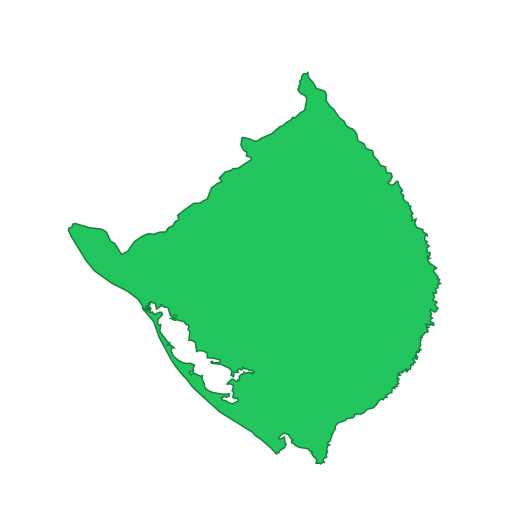 the State of Rio Grande do Sul, rotated 102°
{"feature_id": "BRA-612", "entity_name": "Rio Grande do Sul", "entity_type": "State", "adm_level": 1, "iso_a3": "BRA", "parent_name": "Brazil", "parent_adm1": "", "projection": "robinson", "projection_center": [-52.79, -30.407], "detail": "fine", "context": "isolated", "style": "filled", "palette": "green", "viewbox_px": 512, "rotation_deg": 102, "n_neighbors": 0, "source": "natural_earth", "source_scale": "10m", "svg_char_len": 6019}
<svg xmlns="http://www.w3.org/2000/svg" viewBox="0 0 512 512"><g transform="rotate(102 256 256)"><path d="M70.8,248.6L68.0,247.5L67.1,244.5L65.8,243.3L68.9,242.6L70.9,241.1L75.3,235.2L79.5,231.9L80.2,224.4L81.0,222.5L84.4,220.4L89.5,219.7L93.9,215.0L96.5,210.3L103.5,203.2L105.8,197.8L109.7,195.0L111.5,190.5L111.5,188.1L113.1,185.4L116.3,182.5L122.1,180.2L123.8,173.6L127.1,171.5L128.2,169.6L128.8,163.8L133.7,161.8L137.6,156.3L140.6,154.1L141.5,152.8L141.9,147.8L147.2,146.0L147.0,141.0L150.0,139.3L155.3,140.4L156.2,142.5L157.2,142.3L158.7,138.1L157.5,136.1L153.7,134.2L153.4,132.8L157.6,130.7L161.4,126.3L162.5,126.5L162.8,127.8L163.9,127.9L166.2,124.1L169.3,124.1L172.1,120.4L172.2,118.4L174.3,117.5L175.4,114.8L178.0,115.1L182.0,111.3L184.8,112.9L185.7,110.8L189.1,111.2L186.6,107.1L191.2,107.5L194.7,104.7L195.4,98.3L198.0,97.6L198.8,93.9L199.9,92.8L200.5,92.6L200.4,94.1L201.4,94.9L205.4,94.2L206.6,91.5L207.3,92.8L208.5,92.2L210.3,88.6L212.5,90.6L217.1,89.0L216.3,87.0L217.3,86.1L220.0,86.3L220.8,88.7L222.0,87.7L222.0,85.3L224.0,87.3L224.9,87.2L226.2,85.0L227.6,84.5L227.6,82.9L230.2,76.8L231.2,77.6L231.1,78.8L234.3,79.1L238.5,73.6L240.6,73.8L240.5,71.7L241.1,71.3L243.1,72.5L244.5,69.8L246.5,72.5L249.1,71.4L250.4,73.2L251.5,73.3L254.4,71.7L255.1,72.4L255.6,75.2L258.7,72.9L262.9,73.8L263.0,70.2L263.7,69.4L265.6,70.8L267.7,69.8L269.3,67.1L273.5,69.0L273.7,69.7L272.0,74.1L273.2,74.2L276.7,72.1L278.6,73.3L280.0,70.5L281.1,71.9L282.9,72.1L283.8,71.5L284.6,68.6L286.3,67.7L287.1,68.4L286.0,70.0L286.2,71.2L287.3,70.9L287.8,71.6L287.0,74.6L287.5,75.6L288.3,75.3L289.9,72.2L290.7,74.4L293.5,72.1L294.7,72.2L295.5,74.3L299.8,77.1L300.8,76.4L301.7,78.5L303.0,77.1L305.5,77.6L309.3,76.4L312.1,77.5L313.5,75.2L315.4,78.3L315.6,76.5L316.3,76.7L317.1,79.3L319.4,78.7L320.4,79.8L321.1,79.5L320.6,77.4L321.2,76.9L323.4,77.1L323.6,78.1L322.6,78.8L324.4,81.1L326.9,78.2L327.9,79.7L329.9,79.6L330.2,81.6L334.6,81.6L335.1,83.3L337.3,83.8L338.0,84.9L335.0,85.3L338.9,88.3L337.6,89.2L339.6,88.4L340.3,91.2L341.5,92.5L342.3,89.9L343.0,90.8L342.6,92.0L346.2,92.7L346.2,90.7L348.1,90.7L349.2,91.9L351.2,89.9L352.8,91.9L354.3,90.7L355.1,93.4L356.7,92.7L356.5,94.6L357.2,95.3L361.4,94.8L362.5,97.3L364.3,98.3L365.1,100.1L367.1,98.5L367.7,100.9L370.1,101.6L369.8,103.6L372.9,106.5L374.7,106.3L380.0,109.5L383.2,115.9L386.5,117.5L389.3,121.1L389.0,124.3L390.1,124.8L390.2,126.8L392.0,126.5L393.8,127.2L396.1,133.1L398.4,134.6L402.0,140.8L405.9,143.2L408.6,142.4L410.4,143.5L414.6,144.2L415.2,145.1L416.6,144.5L421.5,145.1L424.1,147.1L424.9,147.0L425.5,144.7L426.6,146.3L430.1,146.8L433.3,145.1L435.0,146.3L438.1,145.1L439.3,147.1L440.8,147.7L442.5,147.8L443.7,146.3L444.6,148.6L446.0,149.7L445.4,150.6L446.2,154.1L442.5,154.2L439.3,159.1L436.7,161.1L436.3,160.1L435.7,160.3L435.6,162.7L434.2,164.2L433.7,166.8L434.2,174.1L433.0,178.1L431.6,179.9L431.6,181.9L429.5,182.9L428.4,181.5L426.6,184.8L423.9,187.1L423.6,192.4L429.4,196.4L430.0,195.3L429.8,193.6L427.1,190.6L432.9,188.6L433.9,187.3L437.9,188.6L440.6,191.7L443.7,192.8L444.6,194.5L445.4,194.7L440.7,201.4L434.7,212.2L431.6,219.6L429.3,222.4L416.0,259.1L402.2,282.9L396.4,292.1L391.2,297.7L388.5,302.0L381.3,311.0L375.6,316.9L355.9,333.6L341.5,342.4L331.3,355.7L331.0,354.6L333.3,347.8L332.3,345.6L334.5,343.4L330.8,338.2L330.9,336.5L332.7,335.4L338.7,338.8L342.9,338.0L343.9,336.5L343.0,334.9L349.2,334.5L351.0,333.2L358.4,324.5L359.0,322.2L361.5,324.3L360.7,321.2L362.7,317.1L363.1,318.9L364.8,319.4L366.9,319.0L371.2,315.9L374.3,309.9L375.4,305.8L375.6,301.6L374.6,298.0L375.3,294.0L375.7,293.4L378.4,294.2L382.3,293.1L382.8,297.1L384.1,297.0L384.7,295.3L386.1,294.6L384.4,293.8L383.6,292.2L385.1,285.2L384.1,283.5L387.2,283.5L391.7,280.0L394.6,279.1L396.0,277.8L397.8,274.1L398.5,269.3L398.1,259.2L396.4,253.5L398.1,252.9L400.2,255.2L400.0,257.8L402.0,260.4L404.1,258.4L403.7,256.1L405.4,251.1L405.3,248.1L401.8,243.5L400.2,243.7L398.8,245.3L399.9,247.2L399.0,249.3L393.9,249.5L392.9,251.3L387.4,250.9L386.4,254.5L387.3,257.6L386.3,257.4L381.6,254.2L381.3,252.4L382.7,249.7L382.2,247.9L380.7,248.0L380.5,246.6L379.5,246.4L377.4,247.4L374.8,245.7L374.6,244.3L372.1,243.7L372.9,241.8L371.2,239.0L371.9,235.2L370.9,235.6L370.7,233.7L369.7,233.4L368.6,236.9L369.3,237.7L368.2,241.7L368.6,243.5L367.6,245.7L369.7,245.5L370.6,246.8L369.2,248.3L371.8,250.7L373.5,249.1L374.2,253.3L378.9,252.9L377.7,255.7L373.6,255.6L371.2,259.1L369.2,268.3L370.2,277.2L368.8,278.0L368.1,276.7L369.2,276.4L369.2,274.9L367.7,269.3L365.1,269.3L364.8,276.9L365.7,282.7L361.3,283.3L359.8,287.7L360.5,292.6L361.8,294.2L353.2,297.3L351.8,301.2L352.5,304.1L343.8,305.0L342.0,307.2L338.8,307.0L336.9,308.4L337.8,309.9L335.2,312.8L334.9,320.2L335.8,322.1L334.7,326.2L333.2,321.9L331.1,321.2L330.8,323.9L332.9,324.0L333.1,324.9L332.0,327.3L324.6,331.5L325.0,334.9L324.3,337.3L323.3,337.2L323.2,338.4L323.8,339.4L325.0,338.8L328.6,342.3L323.7,344.3L322.7,349.3L324.9,349.5L323.7,350.8L324.8,351.1L327.7,349.9L329.1,347.9L331.1,348.1L327.0,351.9L327.6,353.2L328.3,353.0L330.9,350.1L330.2,353.2L330.7,355.7L328.9,356.3L322.9,362.2L317.1,374.5L312.5,391.6L304.2,410.7L295.9,421.2L274.8,441.2L269.4,444.9L267.9,444.9L265.7,441.8L263.1,442.0L261.8,439.7L263.0,425.3L261.9,412.6L263.1,408.5L264.4,406.7L271.8,401.4L273.2,396.6L281.3,389.0L282.1,387.2L277.8,382.3L267.6,378.2L260.6,371.7L256.7,366.4L256.0,360.6L252.9,355.4L251.2,349.4L246.4,347.4L244.1,343.9L239.2,342.1L237.2,339.8L235.4,339.3L232.6,341.1L226.5,336.2L217.4,327.7L215.9,321.6L212.7,318.8L210.6,315.6L198.9,313.7L193.1,308.9L190.3,304.8L187.5,308.1L180.0,303.4L177.6,298.3L175.4,296.7L173.9,291.7L163.1,281.0L161.1,281.0L160.4,281.7L160.3,286.1L156.5,286.5L155.0,290.1L150.7,293.8L143.2,294.2L142.7,293.4L142.9,285.9L144.1,281.4L143.0,278.2L139.9,275.6L133.1,265.9L124.9,259.9L123.0,256.9L118.2,253.2L115.7,250.1L113.0,249.1L112.4,246.2L106.4,242.1L103.3,238.7L91.5,238.9L89.0,241.4L87.4,246.5L85.1,249.2L83.5,249.6L82.3,248.5L81.1,249.6L78.3,248.3L76.1,249.9L74.0,248.2L70.8,248.6Z" fill="#22c55e" stroke="#15803d" stroke-width="1.5"/></g></svg>